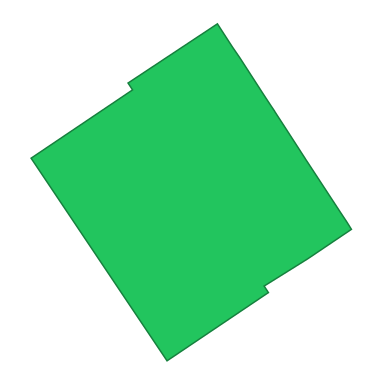 outline of Page, Iowa, United States of America, rotated 236°
{"feature_id": "52423323B95233245971314", "entity_name": "Page", "entity_type": "district", "adm_level": 2, "iso_a3": "USA", "parent_name": "United States of America", "parent_adm1": "Iowa", "projection": "mercator", "projection_center": [-95.164, 40.738], "detail": "fine", "context": "isolated", "style": "filled", "palette": "green", "viewbox_px": 384, "rotation_deg": 236, "n_neighbors": 0, "source": "geoboundaries", "source_scale": "gbopen_adm2", "svg_char_len": 558}
<svg xmlns="http://www.w3.org/2000/svg" viewBox="0 0 384 384"><g transform="rotate(236 192 192)"><path d="M163.6,304.7L184.1,305.1L189.2,305.2L207.2,305.5L211.8,305.6L212.6,305.6L212.8,305.7L214.4,305.7L219.6,305.7L229.1,305.8L234.9,305.9L276.2,306.7L289.6,306.6L295.7,306.7L317.2,307.1L318.1,199.9L309.9,199.8L310.0,77.5L66.0,76.9L65.9,199.1L73.7,199.2L71.9,250.5L71.9,303.3L80.5,303.6L92.4,303.7L153.3,304.5L154.8,304.5L155.5,304.5L157.7,304.6L158.1,304.6L158.7,304.6L158.8,304.6L163.6,304.7Z" fill="#22c55e" stroke="#15803d" stroke-width="1.5"/></g></svg>